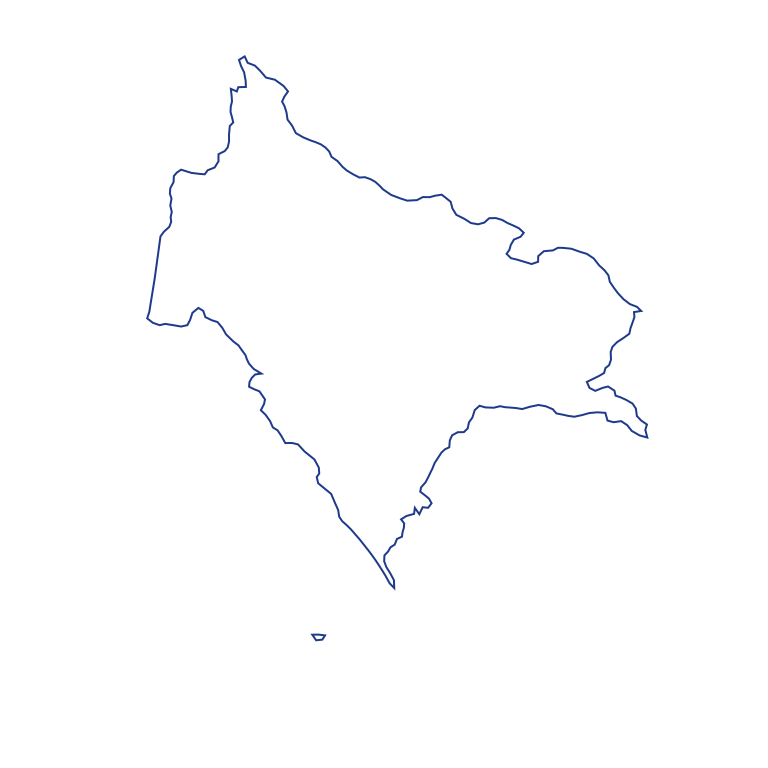 the district of Paulo Lopes, Santa Catarina, Brazil, rotated 109°
{"feature_id": "56859067B3611473740931", "entity_name": "Paulo Lopes", "entity_type": "district", "adm_level": 2, "iso_a3": "BRA", "parent_name": "Brazil", "parent_adm1": "Santa Catarina", "projection": "natural_earth1", "projection_center": [-48.752, -27.948], "detail": "fine", "context": "isolated", "style": "outline", "palette": "blue", "viewbox_px": 768, "rotation_deg": 109, "n_neighbors": 0, "source": "geoboundaries", "source_scale": "gbopen_adm2", "svg_char_len": 3779}
<svg xmlns="http://www.w3.org/2000/svg" viewBox="0 0 768 768"><g transform="rotate(109 384 384)"><path d="M524.0,383.2L527.3,378.9L529.8,372.9L532.4,367.6L535.7,361.9L538.5,357.0L542.6,350.6L546.8,344.0L550.1,339.2L553.1,335.0L556.2,330.9L559.5,326.7L564.6,320.4L570.6,313.8L573.6,307.9L566.3,310.7L561.0,316.4L556.4,322.1L551.6,326.1L545.9,327.8L541.1,325.6L536.3,324.7L532.4,321.6L526.3,321.3L522.5,317.3L518.1,318.2L513.4,318.4L509.2,319.6L506.4,323.8L501.5,319.8L497.0,313.3L491.1,314.5L495.6,308.2L487.9,307.3L486.7,302.0L481.3,300.2L477.7,304.2L475.6,309.9L474.0,314.7L469.6,315.3L463.4,312.7L457.5,311.8L452.8,311.3L448.4,310.7L442.3,310.4L435.5,308.7L430.2,307.4L425.9,305.1L422.6,301.7L415.8,303.4L410.4,302.9L405.6,298.6L403.5,292.8L398.7,290.4L392.7,291.2L386.9,289.5L379.1,289.7L373.5,286.6L373.1,280.4L370.7,272.5L367.2,267.0L366.5,261.9L365.0,256.3L363.7,251.1L362.7,245.2L358.0,238.6L353.5,231.0L352.4,223.7L352.9,216.2L355.7,211.4L354.8,205.1L354.2,199.7L353.0,193.4L348.9,186.6L344.5,180.2L341.3,173.0L339.2,165.3L345.8,160.8L345.4,154.5L341.9,147.7L343.7,140.7L347.7,134.5L349.4,125.6L348.9,117.6L342.3,122.0L336.7,122.2L334.8,129.0L331.9,134.5L325.3,137.8L321.6,142.6L320.2,149.7L319.6,155.9L319.6,161.3L315.3,163.9L313.4,171.3L316.6,176.2L321.7,182.0L320.8,188.4L316.0,192.9L311.2,188.1L306.4,183.3L301.9,179.5L296.8,179.8L293.0,177.3L287.1,177.3L279.9,180.1L274.5,180.1L268.6,177.3L263.1,173.0L256.6,168.4L250.9,169.1L245.3,169.0L239.2,169.0L234.6,171.0L231.2,164.6L228.7,169.9L228.4,177.6L225.8,185.3L222.0,192.3L218.6,197.4L213.9,203.7L208.2,207.2L204.7,212.5L201.9,219.0L197.0,226.6L194.9,234.6L195.2,241.5L195.1,250.8L197.0,259.1L198.6,263.9L202.7,267.8L206.4,276.1L212.9,279.8L218.3,278.1L222.5,283.5L222.8,291.7L223.1,298.8L223.7,304.9L221.0,310.5L216.2,309.1L211.3,309.4L205.2,308.2L200.3,302.8L195.5,301.1L192.8,307.1L192.1,313.1L191.6,319.6L190.4,325.8L190.7,332.3L193.0,338.5L198.7,341.7L202.4,347.1L203.5,354.2L201.7,361.6L200.5,370.7L195.8,376.4L190.0,380.3L187.9,386.1L186.2,391.1L189.4,397.1L192.5,401.7L194.6,408.1L199.4,412.7L203.1,421.8L203.2,429.3L202.9,438.8L200.3,448.2L197.8,453.1L195.7,458.1L194.7,463.6L194.7,469.5L196.8,474.4L195.8,481.4L194.2,488.9L192.1,494.0L188.4,500.4L186.3,507.6L182.0,511.5L179.5,516.3L178.0,521.6L177.6,527.2L177.6,532.8L177.1,540.6L175.5,549.0L169.6,555.1L165.4,561.3L159.0,564.6L153.6,568.6L150.2,572.3L144.9,571.8L138.6,570.0L134.9,576.0L131.8,586.3L132.7,595.4L128.1,603.2L125.0,609.7L124.7,617.5L119.6,622.4L124.8,626.6L130.0,622.6L134.9,617.7L142.4,613.5L148.1,611.3L150.8,618.4L155.3,618.4L154.8,624.9L161.4,621.8L166.3,619.7L171.6,619.2L176.7,617.7L181.2,614.6L185.8,611.7L190.2,613.8L194.7,612.7L198.9,611.7L205.0,609.5L211.1,608.8L215.6,610.4L220.6,615.3L227.3,613.0L234.4,614.6L239.3,620.3L244.1,621.8L245.4,626.9L247.1,634.8L247.4,645.6L251.5,648.7L255.8,650.4L261.5,648.7L268.4,649.8L273.8,648.4L277.8,645.3L284.8,644.2L290.4,640.7L295.8,640.0L300.0,638.0L305.4,638.2L311.5,641.6L317.2,643.4L359.2,635.1L383.6,630.9L392.1,629.4L399.0,629.3L401.4,622.4L401.4,615.3L398.4,610.4L397.2,603.6L395.7,594.5L392.4,589.1L386.6,588.2L379.1,588.3L372.5,584.3L373.7,578.7L378.9,574.7L379.8,567.3L379.6,561.6L383.6,555.1L388.5,549.5L392.7,540.6L394.9,534.1L397.9,530.0L401.7,524.5L405.4,521.6L408.7,518.3L412.2,512.1L414.1,503.3L416.9,508.9L421.2,511.0L426.0,511.8L430.5,510.7L431.2,505.3L431.5,499.4L437.3,491.5L442.0,490.9L448.9,491.9L451.7,485.9L456.1,479.7L461.2,475.0L462.5,469.5L466.4,464.3L472.0,458.1L469.7,451.8L469.1,445.6L473.7,437.1L478.0,425.2L484.3,418.4L489.7,416.1L493.9,417.3L499.3,413.9L502.6,405.0L505.1,398.2L509.4,394.3L513.2,390.9L518.1,386.3L524.0,383.2ZM648.4,364.7L645.8,359.1L640.9,357.9L642.3,364.4L644.4,370.2L648.4,364.7Z" fill="none" stroke="#1e3a8a" stroke-width="2"/></g></svg>